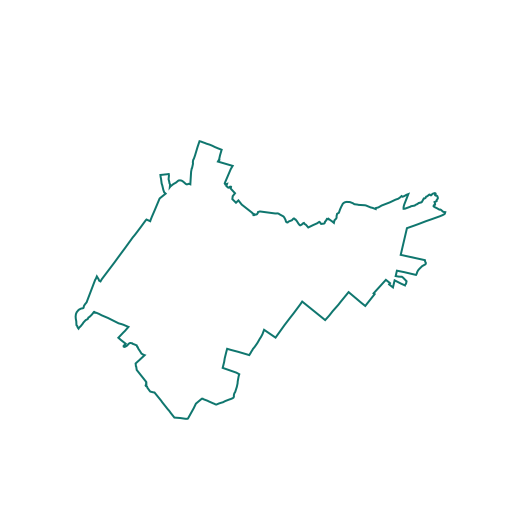 outline of Harmanesti, Iasi, Romania, rotated 249°
{"feature_id": "2599482B46405340562029", "entity_name": "Harmanesti", "entity_type": "district", "adm_level": 2, "iso_a3": "ROU", "parent_name": "Romania", "parent_adm1": "Iasi", "projection": "orthographic", "projection_center": [26.797, 47.275], "detail": "fine", "context": "isolated", "style": "outline", "palette": "teal", "viewbox_px": 512, "rotation_deg": 249, "n_neighbors": 0, "source": "geoboundaries", "source_scale": "gbopen_adm2", "svg_char_len": 6096}
<svg xmlns="http://www.w3.org/2000/svg" viewBox="0 0 512 512"><g transform="rotate(249 256 256)"><path d="M267.8,68.5L267.1,67.8L266.2,67.0L264.1,65.9L262.1,65.3L259.4,64.8L255.8,63.6L254.7,64.0L253.8,63.9L252.4,64.1L251.8,64.3L252.4,65.0L253.3,67.2L255.1,70.3L255.6,70.8L256.8,73.2L257.2,74.1L257.4,76.2L258.6,77.5L258.8,78.7L259.9,81.3L260.7,82.8L261.8,84.5L261.9,84.8L261.7,85.2L260.6,85.4L260.5,86.1L260.2,86.6L258.3,88.6L255.9,90.7L251.2,95.6L242.4,103.6L240.7,105.9L239.3,107.6L235.5,111.5L232.9,106.6L232.2,104.9L229.0,98.2L225.8,99.9L220.8,102.9L220.4,102.3L219.8,100.7L219.4,100.1L218.8,100.0L218.3,100.5L218.2,100.7L218.2,101.3L218.4,103.0L219.0,104.5L219.4,105.0L219.8,106.2L219.9,107.1L219.8,107.6L218.8,109.2L218.5,109.2L218.1,109.5L217.2,110.6L215.3,112.6L213.9,112.5L213.4,112.9L211.7,112.9L208.7,113.6L205.9,114.1L204.1,115.6L203.3,116.5L198.8,105.1L196.9,104.6L196.2,104.4L195.5,104.5L192.4,103.8L177.7,108.4L177.2,108.3L176.8,107.8L176.5,107.8L176.0,107.9L175.6,107.8L175.3,107.5L175.3,107.2L175.0,106.8L174.6,106.5L174.2,106.6L173.8,106.8L173.3,107.5L171.9,107.4L167.5,108.6L167.1,109.0L165.5,111.3L165.2,111.8L165.0,112.3L154.9,115.6L153.2,116.0L144.6,118.7L142.5,119.5L139.8,120.2L134.4,121.9L132.0,127.0L129.2,132.0L128.7,133.4L128.6,133.9L128.7,134.3L136.3,143.4L139.7,147.0L142.0,153.7L142.2,154.4L142.0,154.9L141.8,155.2L141.4,155.3L138.3,158.8L137.3,159.7L133.6,163.4L133.2,163.9L132.2,164.8L131.6,165.5L131.5,165.8L131.6,168.5L131.5,170.6L131.3,172.9L131.4,173.5L131.6,175.3L131.6,180.2L131.5,180.9L131.6,183.1L131.7,183.6L131.9,184.3L132.7,185.0L133.9,185.4L135.1,186.2L135.6,186.6L136.3,187.6L136.7,188.0L140.7,191.2L143.6,193.1L145.3,193.9L149.8,196.6L151.6,198.0L154.1,195.9L163.5,184.8L168.5,188.3L171.8,190.2L177.1,193.9L179.7,195.8L177.4,198.8L172.8,205.2L165.9,214.2L167.7,216.6L168.3,217.2L169.5,218.9L170.3,219.8L171.5,222.0L173.5,225.0L174.5,226.4L177.7,230.3L178.2,231.1L179.7,232.9L180.8,234.1L184.2,237.1L172.8,245.0L181.3,257.9L186.1,265.7L188.9,270.4L194.9,279.9L196.9,282.8L171.4,297.6L173.4,301.6L174.3,303.3L177.0,307.8L181.0,315.5L183.0,318.8L189.1,329.5L174.6,337.5L170.2,340.1L177.9,353.1L179.0,352.4L187.2,368.7L182.6,371.4L181.8,370.1L177.6,372.6L183.6,376.7L178.1,381.6L175.2,384.5L175.7,384.8L176.0,385.6L177.0,386.6L177.7,387.0L178.1,387.1L178.5,387.5L183.0,385.6L184.4,384.7L185.4,382.2L187.2,379.2L191.8,382.3L187.8,388.6L181.0,398.6L181.9,399.7L183.2,400.7L184.2,401.8L185.0,403.0L185.8,404.7L187.0,407.5L187.5,411.0L187.9,411.7L188.5,412.0L188.8,412.1L190.2,411.9L191.6,412.2L205.2,391.5L227.9,406.9L227.7,413.7L227.6,419.0L227.6,427.3L227.4,432.9L227.2,441.8L227.3,445.0L227.6,447.0L227.9,447.5L229.1,448.4L230.0,446.8L230.5,446.4L232.8,445.2L233.4,444.6L233.4,444.2L233.5,443.9L233.7,443.7L235.7,442.1L237.4,440.5L238.5,439.7L238.9,439.6L239.5,440.1L239.7,440.4L239.7,441.5L240.2,441.8L242.4,442.0L242.4,443.7L242.6,444.4L243.3,444.5L244.5,446.3L244.9,446.5L245.5,446.7L246.9,446.7L247.6,446.3L247.9,445.6L248.1,445.3L248.6,445.0L248.9,445.0L249.6,446.0L250.1,446.0L250.4,445.8L250.7,445.3L250.7,444.4L250.8,443.8L250.7,442.9L249.9,441.3L250.0,440.9L250.4,440.5L251.1,440.2L251.2,439.6L250.4,437.3L250.4,436.1L249.4,434.9L249.3,433.9L249.6,433.3L247.0,430.2L246.8,429.1L247.1,428.5L246.9,427.9L247.2,426.9L246.6,425.1L246.7,424.6L246.5,423.1L246.2,422.2L246.9,418.6L246.7,417.9L246.8,411.9L247.2,410.7L248.1,411.0L249.4,411.7L251.0,412.9L259.2,420.4L259.2,418.2L259.0,417.2L258.8,415.6L258.8,414.1L259.8,413.4L259.2,412.0L258.5,409.4L258.6,406.4L258.1,400.1L258.1,391.4L257.5,387.7L257.8,385.1L256.9,384.6L259.2,382.0L260.3,380.4L263.9,376.6L264.5,375.5L266.6,370.9L266.9,370.2L267.6,369.2L269.1,366.4L270.6,365.3L272.7,363.0L274.1,359.8L274.3,358.1L274.1,356.9L273.7,355.8L271.3,353.1L269.3,351.1L266.7,348.9L266.3,346.8L265.2,346.1L264.4,345.5L263.4,345.2L262.3,344.4L261.1,341.9L260.5,341.6L259.0,340.6L261.1,339.4L264.9,336.9L264.5,336.3L265.2,335.5L263.7,333.7L263.5,333.1L263.2,332.6L262.4,332.2L262.0,331.5L261.9,330.9L262.1,330.4L262.5,328.5L262.7,328.2L263.4,328.1L264.1,327.8L264.7,327.7L265.2,327.3L264.6,324.7L264.4,320.5L263.9,315.0L267.3,313.8L268.5,312.8L269.0,312.8L269.7,312.6L269.7,311.8L269.3,310.8L268.9,309.8L268.8,308.5L268.8,308.2L269.3,307.8L271.1,307.2L273.7,306.7L275.9,306.0L276.0,305.7L277.4,305.0L277.5,304.6L277.4,304.2L277.2,303.7L276.5,302.4L276.5,299.1L276.3,298.3L276.0,297.7L276.1,297.1L277.3,296.3L279.2,296.5L281.8,296.2L283.1,295.8L285.2,294.0L286.5,292.9L287.4,292.3L288.0,291.5L288.8,289.2L296.2,275.6L296.3,273.6L295.6,273.2L294.7,271.9L294.6,271.4L294.9,269.6L294.8,269.0L295.0,268.5L295.8,269.2L296.8,268.0L297.4,268.1L309.1,261.1L314.2,259.5L312.9,256.4L317.6,254.3L320.2,255.7L322.1,258.9L328.1,256.5L329.5,257.5L329.7,257.4L329.9,256.9L330.0,256.3L329.9,256.0L329.6,255.3L329.7,254.6L331.5,253.6L332.0,253.4L333.7,254.8L333.8,253.0L335.0,252.8L336.0,253.7L346.2,263.6L348.5,266.5L357.8,254.3L358.8,255.5L358.7,256.0L358.9,256.3L359.4,256.2L362.9,258.5L367.5,262.0L370.4,258.8L371.3,257.9L372.3,256.8L374.5,254.8L376.6,252.6L378.7,249.9L379.6,249.0L381.4,246.9L382.5,245.7L383.4,244.4L378.6,240.4L371.7,235.1L369.0,232.8L368.5,232.1L367.9,231.6L366.1,230.6L365.4,230.5L364.5,230.1L361.0,227.8L360.8,227.4L357.9,225.6L346.5,220.4L346.8,220.1L347.5,219.1L347.5,218.0L347.7,217.0L348.4,216.3L351.3,214.8L352.5,214.0L353.2,213.3L353.6,212.7L354.1,211.5L354.2,210.9L354.1,210.2L353.2,207.6L352.8,204.9L352.6,204.1L351.6,201.0L351.1,200.2L353.5,201.4L355.1,201.3L356.3,201.6L359.0,201.9L362.4,203.6L363.8,203.9L365.9,195.8L364.0,195.3L362.1,195.0L357.5,193.9L355.5,193.8L351.1,193.2L348.6,193.1L348.0,193.3L346.6,194.0L344.3,186.8L344.0,186.4L335.0,177.8L329.9,172.8L327.4,170.5L326.4,169.7L329.3,166.8L329.1,166.4L328.5,165.3L324.1,158.5L319.5,151.1L318.4,149.2L317.6,147.7L309.9,135.9L308.4,133.5L306.1,129.9L303.4,125.7L300.8,121.7L289.6,103.7L288.0,101.7L289.2,100.7L290.8,100.7L294.0,100.1L291.9,98.1L291.6,97.5L273.4,81.2L272.3,79.2L271.3,77.8L270.8,77.3L269.5,76.5L269.3,76.1L269.3,75.5L269.6,73.9L269.4,71.8L269.1,70.8L267.8,68.5Z" fill="none" stroke="#0f766e" stroke-width="2"/></g></svg>